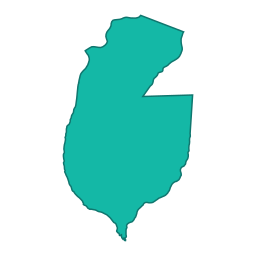 the district of La Pointe, Choiseul, Saint Lucia
{"feature_id": "8701671B32861116669136", "entity_name": "La Pointe", "entity_type": "district", "adm_level": 2, "iso_a3": "LCA", "parent_name": "Saint Lucia", "parent_adm1": "Choiseul", "projection": "mercator", "projection_center": [-61.064, 13.794], "detail": "fine", "context": "isolated", "style": "filled", "palette": "teal", "viewbox_px": 256, "rotation_deg": 0, "n_neighbors": 0, "source": "geoboundaries", "source_scale": "gbopen_adm2", "svg_char_len": 5118}
<svg xmlns="http://www.w3.org/2000/svg" viewBox="0 0 256 256"><path d="M85.2,50.7L85.4,51.2L87.5,54.4L88.3,55.3L89.2,58.0L89.3,60.2L89.0,61.2L88.3,63.5L88.1,63.8L88.0,64.5L87.0,66.2L86.6,66.7L86.3,67.5L85.1,69.0L83.5,70.5L81.6,72.7L80.8,73.9L80.2,75.6L79.1,80.3L78.8,82.3L78.7,82.4L78.9,82.8L78.3,84.2L77.9,86.5L77.3,92.5L76.8,97.9L76.2,102.4L75.8,105.3L75.2,107.2L74.4,108.2L73.8,109.6L73.4,112.6L72.6,113.9L72.1,114.8L71.7,115.2L71.2,117.5L71.0,118.4L70.5,119.1L70.2,120.0L70.3,121.0L70.0,122.3L69.0,124.5L67.9,125.2L67.3,125.8L66.9,126.4L66.8,127.5L66.4,128.9L66.4,132.2L65.8,133.9L65.8,135.8L65.1,137.5L65.5,138.8L65.4,140.1L65.1,141.8L64.9,142.9L64.4,144.6L64.1,146.7L63.9,149.1L64.3,151.2L64.3,152.8L63.8,153.7L63.5,154.2L63.4,156.0L63.7,158.6L64.3,161.1L63.5,162.8L63.9,164.8L64.3,165.9L64.5,169.1L65.1,170.6L64.7,171.8L65.5,173.5L66.3,175.6L67.0,176.8L67.8,178.8L68.8,181.9L69.2,183.8L70.2,185.6L71.0,186.4L72.1,190.2L72.6,191.0L73.1,191.3L73.8,191.6L74.2,192.5L75.4,194.1L77.6,196.4L79.5,197.9L81.6,200.1L82.6,201.3L82.8,202.1L83.5,203.2L83.4,203.8L83.3,204.1L83.4,204.5L84.3,205.1L85.9,205.7L86.9,206.7L87.7,208.0L89.6,209.2L90.2,209.3L90.8,209.1L93.4,209.6L95.5,210.0L98.4,211.5L100.4,211.9L101.9,212.3L104.6,213.7L106.7,214.7L109.1,216.8L110.2,217.8L112.8,221.2L113.8,222.4L115.4,223.3L116.1,224.2L117.4,227.8L117.2,229.3L116.7,230.7L116.7,231.3L117.2,232.0L118.0,232.9L118.8,233.2L119.1,233.6L119.3,234.2L119.3,234.8L119.5,235.4L120.4,235.6L120.6,235.5L120.8,235.5L121.0,235.0L121.4,234.8L121.4,235.4L121.5,236.3L121.8,237.7L122.9,239.1L123.6,238.3L124.1,238.8L124.2,240.0L125.0,240.6L125.5,240.6L125.6,239.7L125.3,239.2L124.5,238.4L124.3,238.3L124.5,238.2L124.8,238.0L125.6,237.6L125.9,237.4L126.2,236.8L126.3,236.5L126.2,235.6L126.0,234.5L126.0,233.4L126.0,231.9L126.0,230.5L126.2,228.9L126.7,228.1L126.9,227.6L126.9,227.1L126.7,226.7L126.6,225.8L126.8,224.9L127.4,224.0L128.7,223.0L130.5,222.2L131.8,221.9L132.5,221.4L133.8,219.9L134.8,217.9L135.6,217.0L136.5,214.4L136.6,214.0L136.8,213.3L136.9,212.8L136.9,212.4L137.1,211.9L137.3,211.3L137.5,210.8L137.7,210.4L137.8,210.2L138.2,209.7L138.7,209.0L139.1,208.7L139.4,208.4L139.8,208.1L140.1,207.7L140.6,207.3L141.2,206.7L141.3,206.6L141.8,206.1L142.1,205.8L142.6,205.4L142.8,205.2L143.1,205.0L143.3,204.5L143.5,204.1L143.6,203.8L144.0,203.3L144.2,203.2L144.7,202.8L145.1,202.6L145.3,202.6L145.7,202.5L146.1,202.4L146.6,202.4L147.1,202.4L147.5,202.5L148.4,202.7L148.6,202.7L149.1,202.8L149.4,202.8L150.0,202.8L150.3,202.8L150.7,202.7L151.3,202.7L151.9,202.6L152.8,202.4L153.9,201.7L154.0,201.6L154.7,201.2L155.4,200.7L155.9,200.3L156.3,200.0L156.6,199.9L157.1,199.5L157.7,199.1L158.3,198.6L158.6,198.3L159.3,198.0L159.9,197.8L160.6,197.5L162.6,196.6L164.0,196.0L164.5,195.8L164.9,195.5L165.2,195.4L165.6,195.1L165.9,194.8L166.2,194.6L166.4,194.3L166.9,193.9L167.2,193.5L167.5,193.3L167.8,192.8L168.1,192.2L168.4,191.8L169.0,191.0L169.3,190.5L169.5,190.1L169.6,189.7L169.8,189.2L170.0,188.7L170.1,188.1L170.3,187.6L170.5,187.1L171.0,186.2L171.7,184.7L172.0,184.2L172.7,183.5L173.0,183.1L173.5,182.7L173.8,182.5L174.2,182.2L174.5,182.0L174.7,181.9L175.1,181.7L175.4,181.6L175.8,181.5L176.1,181.5L176.5,181.3L176.8,181.2L177.1,181.0L177.4,180.8L177.8,180.5L178.1,180.3L178.5,180.0L178.8,179.8L179.0,179.6L179.2,179.2L179.4,178.9L179.6,178.6L179.8,178.2L179.9,177.9L180.1,177.5L180.2,177.2L180.4,176.7L180.5,176.4L180.7,176.1L181.2,175.3L181.2,174.1L181.0,173.0L180.4,171.0L180.4,169.5L181.0,168.0L182.1,166.9L183.9,166.1L185.5,164.0L185.9,161.7L186.5,160.5L187.7,158.7L188.2,156.7L188.3,154.8L187.9,152.9L188.1,152.1L188.6,151.5L189.0,150.7L188.9,149.6L188.8,147.9L189.0,145.4L189.4,143.9L189.6,141.8L189.5,140.0L189.6,138.2L190.3,136.2L190.2,134.5L190.1,133.6L192.6,95.0L142.8,96.5L150.1,86.2L152.0,84.5L152.8,82.9L153.2,81.1L153.2,80.7L153.3,80.2L153.5,79.7L153.7,79.1L153.9,78.7L154.2,78.3L154.7,77.9L155.2,77.5L155.7,77.0L156.1,76.7L156.7,76.0L157.1,75.5L157.5,74.9L157.8,74.1L158.0,73.4L158.3,73.0L158.5,72.8L159.0,72.6L159.6,72.3L160.1,72.2L160.9,72.0L162.0,71.6L162.5,71.1L162.7,70.8L162.9,70.0L162.9,69.5L163.0,68.6L163.2,68.2L163.6,67.7L163.9,67.4L164.8,66.9L165.4,66.6L165.9,66.4L166.7,66.0L167.1,65.7L168.0,65.1L168.9,64.1L170.2,63.0L171.4,62.0L173.2,61.0L175.0,60.0L176.7,58.9L177.9,58.0L178.5,57.4L179.1,56.7L179.7,55.9L180.1,55.0L180.5,54.3L180.8,53.7L181.1,53.0L181.4,52.0L181.7,51.4L181.9,50.7L182.1,50.1L182.2,49.8L182.2,49.0L182.2,48.1L182.1,47.5L182.0,46.9L181.8,46.1L181.6,45.3L181.4,44.0L181.2,43.1L181.2,42.6L181.1,41.6L181.1,40.2L181.1,39.8L181.1,39.2L181.2,38.4L181.4,37.9L181.6,37.2L181.8,36.5L182.0,36.1L182.2,35.5L182.3,35.0L182.5,34.4L182.7,33.8L182.9,33.2L183.1,32.6L183.6,31.9L140.7,15.4L140.5,15.7L140.1,16.0L138.9,17.2L137.4,17.7L135.7,18.1L130.8,18.0L126.8,17.3L125.2,17.4L123.0,18.1L122.2,18.6L119.9,19.3L114.5,19.9L113.0,20.3L111.8,21.7L111.2,23.5L111.1,25.0L110.9,26.1L109.7,28.5L107.9,30.7L106.9,32.1L106.1,34.3L105.9,36.5L106.2,37.7L106.6,39.1L107.4,41.3L106.7,43.3L105.2,45.1L102.8,46.8L100.7,47.5L98.6,47.4L95.4,46.9L93.6,46.7L91.7,46.8L89.3,48.1L85.2,50.7Z" fill="#14b8a6" stroke="#0f766e" stroke-width="1.5"/></svg>